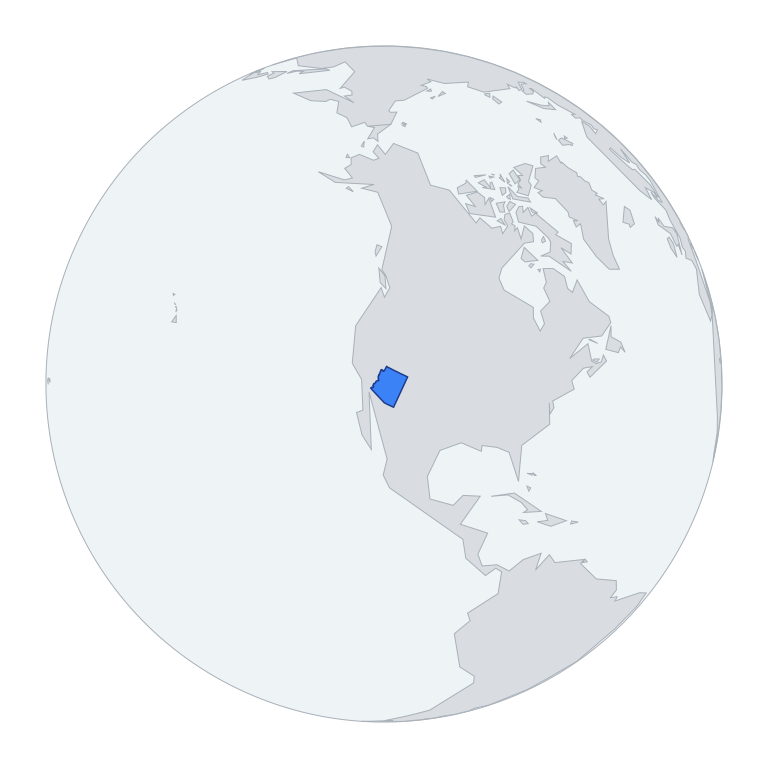 Arizona highlighted on a globe, orthographic projection, rotated 27°
{"feature_id": "USA-3520", "entity_name": "Arizona", "entity_type": "State", "adm_level": 1, "iso_a3": "USA", "parent_name": "United States of America", "parent_adm1": "", "projection": "orthographic", "projection_center": [-112.833, 34.165], "detail": "fine", "context": "on_globe", "style": "filled", "palette": "blue", "viewbox_px": 768, "rotation_deg": 27, "n_neighbors": 0, "source": "natural_earth", "source_scale": "10m", "svg_char_len": 12466}
<svg xmlns="http://www.w3.org/2000/svg" viewBox="0 0 768 768"><g transform="rotate(27 384 384)"><circle cx="384" cy="384" r="338" fill="#eef3f6" stroke="#a8b0b8"/><path d="M84.7,532.1L85.6,534.3L84.7,532.1ZM517.2,694.6L519.0,693.8L528.3,689.4L524.2,691.1L544.8,679.7L537.3,683.7L554.4,670.0L572.6,654.1L599.5,609.8L597.2,603.4L580.0,601.7L560.0,574.6L568.2,555.8L562.5,550.2L580.8,519.0L574.1,498.0L567.2,497.3L561.4,508.6L536.0,502.1L524.8,486.6L436.0,474.0L424.6,465.5L420.9,449.5L374.3,397.9L402.4,448.1L387.5,439.3L372.4,421.8L377.1,416.9L362.0,390.1L346.3,379.9L332.3,344.9L337.7,299.4L345.0,306.5L345.5,295.6L336.3,286.4L330.2,283.2L319.3,240.0L291.4,216.0L275.2,219.7L284.5,210.8L249.0,226.5L229.1,224.7L256.1,220.1L262.4,214.8L251.1,209.7L255.1,203.3L252.0,197.5L257.8,190.6L273.1,189.4L277.1,185.2L268.9,182.0L269.6,173.8L281.0,178.9L283.3,165.3L309.3,162.9L335.2,185.7L354.2,181.6L393.0,198.7L394.0,192.4L409.4,196.2L416.3,190.6L421.5,196.2L422.5,187.1L416.4,183.1L414.8,178.0L418.3,174.6L425.6,180.9L424.9,183.5L428.9,183.6L431.0,188.3L431.9,184.1L440.3,192.6L437.3,179.5L448.4,182.4L452.6,189.4L445.2,194.7L436.4,227.2L438.3,237.5L448.4,245.8L482.2,247.9L487.2,257.4L499.1,265.9L499.6,257.4L490.4,247.9L494.3,235.1L482.7,226.0L482.5,219.8L473.4,208.9L482.4,204.3L496.0,206.2L504.1,215.4L510.3,216.8L508.8,203.6L529.6,217.4L553.6,221.6L558.2,226.4L556.1,242.4L540.6,252.8L537.9,277.0L547.4,255.5L558.7,269.3L563.8,269.5L567.6,265.8L566.4,258.6L571.8,262.5L564.5,284.4L559.4,281.1L561.8,273.9L554.6,279.3L549.7,295.7L555.8,302.2L542.0,322.6L546.2,327.9L545.5,335.7L539.8,325.8L549.9,344.6L534.6,376.2L548.1,409.8L526.5,388.1L513.7,389.1L499.3,394.3L501.3,399.8L479.5,401.3L464.0,417.8L464.6,446.7L477.2,465.6L500.8,460.7L505.0,447.4L520.7,440.3L515.7,474.3L544.1,469.8L544.9,493.0L554.0,501.6L566.7,493.8L580.4,493.8L587.8,477.2L600.8,463.5L603.5,481.0L608.8,461.0L617.4,465.5L641.9,449.5L640.6,454.7L661.6,461.3L680.2,453.8L684.6,462.1L682.7,471.6L688.3,467.7L688.3,472.5L706.5,453.9L712.5,451.2L710.1,467.6L700.7,497.6L681.9,543.2L662.2,573.9L650.3,591.3L623.1,622.5L612.0,631.7L608.1,636.6L596.2,646.8L587.1,653.3L579.5,659.4L572.5,663.9L572.9,664.1L552.9,676.7L552.4,676.9L517.2,694.6ZM166.6,425.0L167.7,417.3L171.0,423.6L166.6,425.0ZM165.7,411.6L165.9,414.5L165.2,411.9L165.7,411.6ZM163.5,409.2L165.1,411.0L163.1,409.7L163.5,409.2ZM160.3,406.7L162.1,407.7L161.8,407.9L160.3,406.7ZM549.7,422.0L582.0,426.1L566.7,435.1L569.0,430.8L560.2,427.2L544.8,426.5L530.5,435.4L549.7,422.0ZM156.1,400.7L155.1,399.0L157.0,399.1L156.1,400.7ZM557.4,397.9L552.0,398.7L556.9,396.5L557.4,397.9ZM326.8,283.1L335.7,287.1L342.5,298.1L334.6,295.4L326.8,283.1ZM314.5,263.1L319.8,262.7L318.8,273.6L316.1,270.4L314.5,263.1ZM262.8,224.3L269.3,226.6L261.6,226.7L262.8,224.3ZM250.5,197.9L247.4,199.5L247.1,195.9L250.5,197.9ZM469.1,212.2L471.3,210.6L471.9,213.4L469.1,212.2ZM463.2,209.2L462.3,213.7L459.4,213.0L460.0,210.2L463.2,209.2ZM255.7,182.3L256.2,176.5L258.3,182.1L255.7,182.3ZM464.9,204.0L454.3,211.2L449.1,209.9L446.9,198.6L464.9,204.0ZM258.2,173.0L259.1,159.8L252.3,161.8L272.2,149.5L264.8,164.2L268.5,170.6L262.7,169.5L258.2,173.0ZM413.0,183.4L419.6,187.4L410.8,187.3L413.0,183.4ZM407.7,184.7L383.0,193.2L374.9,186.2L384.8,184.4L371.8,178.4L380.0,170.6L389.0,172.2L392.6,178.2L393.0,170.8L407.7,184.7ZM283.1,145.2L285.6,142.2L285.9,145.2L283.1,145.2ZM413.5,176.0L409.2,178.1L401.9,172.0L409.2,166.7L409.2,170.3L413.5,176.0ZM364.3,180.9L360.2,175.8L365.7,168.0L364.8,165.1L379.5,169.9L364.3,180.9ZM412.7,170.0L413.1,164.3L419.7,164.2L417.2,173.6L412.7,170.0ZM397.0,172.7L393.9,169.7L398.0,169.6L397.0,172.7ZM443.5,161.9L438.5,163.9L434.3,160.8L443.5,161.9ZM412.7,162.2L410.5,162.3L408.2,161.4L409.9,157.9L412.7,162.2ZM382.4,164.3L385.6,162.3L376.7,161.9L380.5,156.5L389.6,160.8L387.2,156.7L388.4,155.1L394.5,160.5L382.4,164.3ZM404.8,151.9L417.7,156.4L427.8,152.9L431.9,155.4L414.8,160.6L404.8,151.9ZM398.2,156.4L403.2,154.1L405.7,158.1L403.8,162.2L398.2,156.4ZM379.8,151.4L371.6,158.5L369.9,157.4L379.8,151.4ZM407.3,150.0L404.1,149.0L407.7,149.3L407.3,150.0ZM387.7,149.9L385.0,152.5L383.1,151.1L387.7,149.9ZM400.0,145.2L404.1,146.5L403.0,149.1L400.0,145.2ZM393.9,146.7L392.0,144.2L400.1,149.3L393.1,148.0L393.9,146.7ZM386.3,148.2L384.3,148.2L387.7,147.4L386.3,148.2ZM401.9,134.7L412.4,140.5L409.9,146.2L400.0,139.7L401.9,134.7ZM712.3,303.8L709.5,296.2L703.0,276.1L695.9,261.8L646.4,175.8L642.5,168.2L615.0,137.3L632.2,154.7L648.1,173.2L662.6,192.8L675.7,213.5L687.3,235.0L697.3,257.3L705.6,280.3L712.3,303.8ZM572.4,103.5L574.9,106.0L581.8,110.5L580.3,108.9L588.1,114.6L589.5,117.2L606.0,132.4L637.6,163.2L645.0,173.8L646.4,179.7L624.3,161.0L610.2,139.8L602.1,134.2L595.9,134.8L592.1,128.7L587.9,126.8L581.6,119.6L563.9,107.7L556.3,101.1L540.7,95.6L534.6,91.8L545.6,95.9L549.1,95.8L529.0,82.0L522.5,79.0L514.0,76.9L509.5,74.0L503.9,73.7L488.0,67.1L502.6,75.5L493.0,74.6L478.7,70.8L478.2,72.4L501.3,78.8L508.2,80.2L510.0,78.8L531.0,85.7L539.8,90.9L527.7,90.4L538.8,98.2L524.4,95.6L470.6,77.7L452.6,71.8L441.0,60.4L450.2,60.9L458.9,64.9L458.8,60.7L455.0,61.2L451.3,59.2L441.2,59.0L438.0,57.7L433.7,60.2L428.7,58.6L431.6,57.0L412.3,56.6L399.7,54.6L396.9,55.3L397.4,56.6L381.0,53.8L379.7,54.5L384.5,55.6L384.9,57.9L379.2,61.3L373.9,60.1L375.2,58.7L369.9,54.6L374.3,51.9L371.5,51.9L366.5,54.1L372.9,58.9L371.0,61.3L366.6,58.9L368.0,59.9L365.4,60.8L357.8,60.9L362.0,63.7L340.5,78.6L323.6,81.2L322.1,76.7L301.4,88.8L283.9,92.7L288.5,93.4L281.6,101.0L286.9,99.7L288.6,100.8L273.3,121.8L265.6,126.6L264.1,138.3L266.4,139.0L272.0,135.9L272.2,149.5L252.3,161.8L248.0,159.6L238.4,169.6L230.2,163.5L218.9,163.8L215.4,152.8L206.8,154.7L204.0,158.6L190.2,164.8L171.4,165.9L198.9,147.9L229.5,147.0L218.0,145.4L224.3,141.0L222.4,137.7L214.0,137.5L210.8,140.4L216.1,119.0L203.1,114.6L195.2,124.3L184.9,131.3L163.2,139.3L158.2,133.1L144.4,145.9L140.0,150.2L140.5,149.7L150.1,140.2L150.7,139.6L155.4,135.1L160.0,131.0L162.7,128.8L166.5,125.4L175.5,118.0L176.3,117.5L176.7,117.2L196.9,102.6L218.1,89.6L240.2,78.2L263.1,68.5L286.6,60.4L310.7,54.1L335.2,49.6L359.9,46.9L384.8,46.1L409.6,47.1L434.4,49.9L458.8,54.5L482.9,60.9L506.4,69.0L529.2,78.9L551.3,90.4L572.4,103.5ZM671.0,208.5L674.2,213.0L671.0,208.5ZM642.6,448.7L645.8,450.2L642.1,452.9L642.6,448.7ZM566.1,443.6L572.2,441.5L575.9,443.0L571.5,445.9L566.1,443.6ZM613.4,420.8L619.7,418.9L613.9,424.1L613.4,420.8ZM586.7,426.1L608.5,423.0L597.2,435.1L583.1,437.2L591.9,431.2L586.7,426.1ZM557.7,410.1L561.9,409.9L561.7,413.8L557.7,410.1ZM560.9,396.4L559.5,397.3L556.8,395.3L560.9,396.4ZM559.1,267.9L559.8,266.3L564.5,264.0L563.8,267.8L559.1,267.9ZM576.0,239.2L584.4,246.3L577.9,243.5L578.6,249.7L565.9,252.4L559.8,229.0L564.9,238.8L576.0,239.2ZM547.2,250.6L556.0,250.8L546.6,251.5L547.2,250.6ZM570.4,126.0L571.2,123.7L578.0,127.4L587.6,138.1L578.0,132.7L570.4,126.0ZM570.8,119.9L556.1,117.7L549.5,111.8L555.7,115.3L552.8,111.6L562.0,116.4L570.1,113.8L576.6,117.0L591.0,133.7L582.7,126.1L582.4,128.4L570.8,119.9ZM530.0,130.3L523.5,131.4L517.6,116.7L524.3,117.5L534.4,127.6L532.3,132.7L530.0,130.3ZM463.1,183.4L461.0,186.3L459.0,184.3L459.1,180.3L463.1,183.4ZM441.5,163.1L470.2,169.6L469.2,173.0L487.2,173.8L491.6,183.3L479.9,182.2L496.8,190.7L487.9,193.6L499.7,198.6L473.0,195.2L465.7,198.8L472.1,191.0L468.2,182.1L464.3,179.3L447.9,174.4L430.4,178.6L423.7,171.2L423.6,164.8L426.8,162.7L430.1,168.0L432.0,161.3L439.3,167.5L441.5,163.1ZM426.8,105.8L429.3,111.0L434.3,102.3L441.6,106.9L441.7,105.6L449.8,107.7L459.9,108.3L462.1,111.1L465.1,110.2L470.5,111.9L475.3,111.7L481.1,116.9L487.4,117.3L486.5,119.6L495.9,119.0L491.5,121.8L498.1,124.8L498.9,120.5L518.2,152.7L529.7,165.3L541.7,174.8L532.6,179.5L515.5,174.1L496.1,164.3L486.4,152.0L484.0,156.8L478.6,152.5L482.7,150.5L473.2,151.1L469.9,147.2L452.6,141.0L440.9,145.3L434.3,143.5L437.2,139.9L428.6,140.8L429.6,132.9L424.9,131.7L421.2,123.1L429.5,117.5L423.6,116.6L420.6,110.6L426.8,105.8ZM401.3,132.1L409.6,123.5L417.7,122.0L420.7,137.7L424.9,140.0L427.1,150.8L415.3,152.9L415.8,149.5L413.5,146.8L418.1,147.2L412.6,144.8L413.1,140.3L409.0,137.3L412.8,135.2L401.3,132.1ZM602.8,126.9L599.5,124.0L604.9,128.3L607.9,131.0L602.8,126.9ZM593.0,119.3L598.9,123.6L597.5,122.8L593.0,119.3ZM542.0,93.5L538.0,90.9L539.3,91.0L543.7,92.9L542.0,93.5ZM443.1,84.0L443.3,86.4L440.9,86.2L434.7,90.2L428.8,87.6L430.3,84.2L443.1,84.0ZM435.6,81.7L433.8,83.6L432.0,81.2L435.6,81.7ZM424.2,86.0L421.3,83.4L427.4,87.8L424.2,86.0ZM382.6,67.3L397.8,64.1L404.8,61.3L402.7,58.3L412.3,61.7L401.4,66.0L382.6,67.3ZM346.2,77.0L348.2,80.5L343.1,80.6L341.9,79.9L346.2,77.0ZM350.5,77.9L360.9,79.3L359.3,82.3L351.3,80.6L350.5,77.9ZM398.7,78.5L403.6,77.6L405.0,79.5L398.7,78.5ZM81.9,531.0L85.0,536.9L82.7,533.5L81.9,531.0ZM85.5,534.3L82.6,530.5L84.7,532.1L85.5,534.3ZM124.5,167.6L128.7,162.9L125.7,166.9L123.7,168.9L124.5,167.6ZM133.9,156.8L133.6,157.7L128.1,165.0L132.1,161.8L131.1,165.6L138.9,159.3L140.0,160.4L131.3,168.6L119.6,177.9L126.2,166.5L132.3,158.6L127.9,163.5L126.9,164.7L133.9,156.8ZM142.5,156.5L155.6,149.6L147.6,160.6L143.0,164.5L140.3,162.8L144.7,157.0L142.5,156.5ZM156.5,151.3L160.9,146.0L189.4,129.5L193.4,129.0L167.5,146.1L170.2,142.1L164.6,144.6L156.5,151.3ZM282.2,142.1L285.3,142.2L281.7,144.1L282.2,142.1ZM291.7,99.9L293.3,101.7L289.1,103.5L291.7,99.9ZM295.6,107.7L299.1,104.4L297.6,108.3L295.6,107.7ZM306.7,97.3L301.6,103.3L303.3,96.9L306.7,97.3Z" fill="#d9dde1" stroke="#a8b0b8" stroke-width="1"/><path d="M393.2,400.6L392.9,400.6L392.5,400.5L392.2,400.4L391.7,400.2L391.2,400.0L390.9,399.9L390.7,399.8L388.6,399.1L386.6,398.4L384.5,397.6L382.4,396.9L380.4,396.1L378.4,395.4L376.3,394.6L374.3,393.8L374.1,393.7L374.2,393.4L374.3,393.3L374.2,393.2L374.3,393.0L374.4,392.9L374.5,392.8L374.5,392.7L374.6,392.4L374.8,392.3L375.3,392.4L375.6,392.3L375.6,392.2L375.6,391.9L375.9,391.7L376.0,391.5L375.9,391.2L375.9,390.9L375.7,390.7L375.1,390.6L374.9,390.5L374.8,390.3L374.8,390.1L374.9,389.8L374.9,389.6L374.9,389.2L374.7,389.0L374.7,388.9L374.7,388.7L374.8,388.7L374.7,388.5L374.7,388.4L375.0,388.3L375.2,388.2L375.4,387.9L375.4,387.7L375.5,387.7L375.6,387.4L375.6,387.2L375.7,386.9L375.8,386.7L375.8,386.4L375.9,386.2L375.8,385.9L375.8,385.7L375.8,385.4L375.7,385.3L375.8,385.1L376.0,384.9L376.2,384.7L376.3,384.6L376.3,384.4L376.4,384.2L376.6,384.1L377.1,383.8L377.4,383.6L377.5,383.4L377.7,383.2L377.6,382.9L377.4,382.7L377.0,382.4L376.9,382.4L376.8,382.2L376.7,382.2L376.5,381.9L376.5,381.7L376.4,381.5L376.3,381.4L376.3,381.2L376.0,380.5L375.8,380.4L375.7,380.4L375.7,380.1L375.6,379.9L375.4,379.8L375.4,379.7L375.3,379.0L375.3,378.9L375.3,378.7L375.4,378.4L375.3,378.2L375.5,378.2L375.6,377.9L375.6,377.5L375.5,377.2L375.5,376.9L375.4,376.5L375.3,376.2L375.2,375.9L375.3,375.7L375.3,375.4L375.3,375.2L375.1,374.8L375.1,374.6L375.1,374.1L375.2,373.9L375.2,373.7L375.0,373.3L374.9,373.2L375.0,372.9L375.0,372.7L375.1,372.4L375.3,372.4L375.7,372.2L375.8,372.2L376.1,372.3L376.3,372.4L376.6,372.3L376.8,372.3L376.9,372.5L377.0,372.7L377.1,372.8L377.3,373.0L377.7,373.0L377.8,372.9L377.9,372.6L378.0,372.4L378.0,372.2L378.2,371.9L378.3,371.6L378.3,371.4L378.3,371.2L378.3,370.9L378.3,370.6L378.3,370.2L378.3,369.8L378.3,369.4L378.3,369.0L378.3,368.6L378.3,368.2L378.3,367.9L378.3,367.6L378.3,367.4L378.3,367.2L379.1,367.2L379.8,367.3L380.5,367.3L381.3,367.3L382.0,367.3L382.7,367.3L383.5,367.3L384.2,367.3L384.9,367.3L385.7,367.3L386.4,367.3L387.1,367.3L387.9,367.3L388.6,367.3L389.3,367.2L390.1,367.2L390.8,367.2L391.5,367.2L392.3,367.2L393.0,367.2L393.7,367.2L394.5,367.2L395.2,367.2L396.0,367.1L396.7,367.1L397.4,367.1L398.2,367.1L398.9,367.1L399.6,367.0L400.4,367.0L401.1,367.0L401.8,367.0L401.9,368.0L401.9,369.0L401.9,370.1L402.0,371.1L402.0,372.2L402.1,373.2L402.1,374.3L402.1,375.3L402.2,376.3L402.2,377.4L402.3,378.4L402.3,379.5L402.3,380.5L402.4,381.6L402.4,382.6L402.5,383.7L402.5,384.7L402.5,385.7L402.6,386.8L402.6,387.8L402.7,388.9L402.7,389.9L402.7,391.0L402.8,392.0L402.8,393.0L402.8,394.1L402.9,395.1L402.9,396.2L402.9,397.2L403.0,398.3L403.0,399.3L403.1,400.3L402.9,400.4L402.7,400.4L402.3,400.4L402.1,400.4L401.9,400.4L401.7,400.4L401.4,400.4L401.2,400.4L400.8,400.5L400.6,400.5L400.4,400.5L400.2,400.5L399.9,400.5L399.7,400.5L399.3,400.5L399.1,400.5L398.9,400.5L398.7,400.5L398.4,400.5L398.2,400.5L397.8,400.5L397.6,400.6L397.4,400.6L397.1,400.6L396.9,400.6L396.7,400.6L396.3,400.6L396.1,400.6L395.9,400.6L395.6,400.6L395.4,400.6L395.2,400.6L394.8,400.6L394.6,400.6L394.4,400.6L394.1,400.6L393.9,400.6L393.7,400.6L393.2,400.6Z" fill="#3b82f6" stroke="#1e3a8a" stroke-width="1.5"/></g></svg>